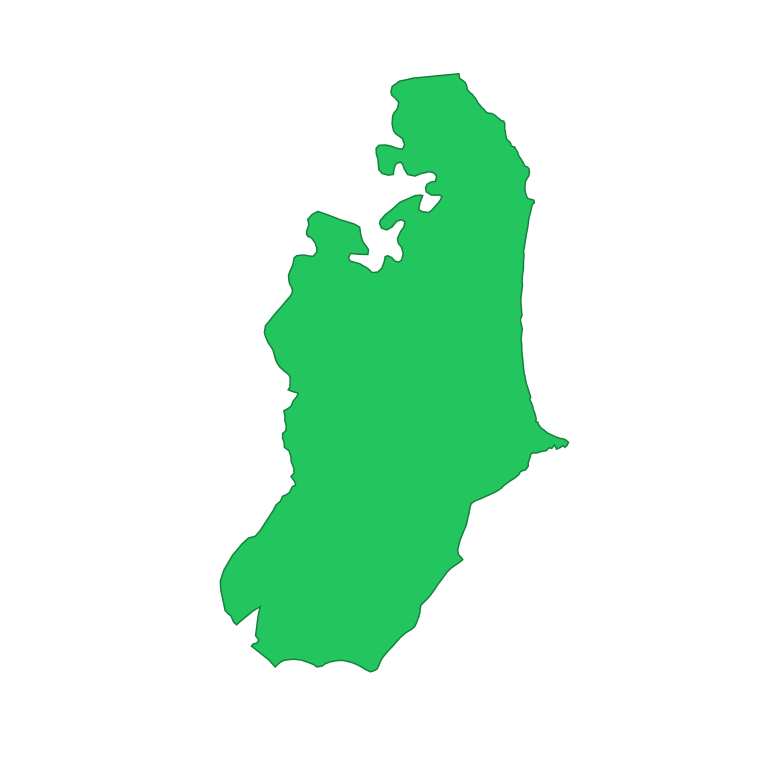 Damnak Chang'aeur, Kep, Cambodia (orthographic projection), rotated 219°
{"feature_id": "14789045B40625138600094", "entity_name": "Damnak Chang'aeur", "entity_type": "district", "adm_level": 2, "iso_a3": "KHM", "parent_name": "Cambodia", "parent_adm1": "Kep", "projection": "orthographic", "projection_center": [104.383, 10.512], "detail": "fine", "context": "isolated", "style": "filled", "palette": "green", "viewbox_px": 768, "rotation_deg": 219, "n_neighbors": 0, "source": "geoboundaries", "source_scale": "gbopen_adm2", "svg_char_len": 5660}
<svg xmlns="http://www.w3.org/2000/svg" viewBox="0 0 768 768"><g transform="rotate(219 384 384)"><path d="M290.5,95.7L290.4,95.9L290.0,99.8L289.2,103.3L287.8,106.3L285.4,109.0L281.1,113.2L274.8,117.3L267.5,120.0L261.8,121.8L258.2,121.8L254.6,125.9L253.6,129.6L250.9,134.2L247.6,138.3L243.8,141.9L241.3,143.7L238.1,145.3L233.0,147.6L230.2,148.4L227.3,149.2L222.8,150.0L218.8,150.5L213.6,151.7L212.0,153.7L210.0,157.9L210.9,162.1L211.7,164.6L212.6,167.5L212.9,170.7L212.9,175.1L212.8,179.9L212.2,185.8L212.1,189.8L212.0,193.2L211.7,197.9L210.5,204.3L209.5,207.4L208.1,211.3L207.5,214.5L208.4,218.7L209.5,221.9L210.8,225.7L212.3,229.0L213.9,231.3L216.1,235.0L215.8,238.6L215.0,245.3L215.0,249.5L215.3,254.7L216.0,262.2L216.2,268.1L216.4,272.8L216.6,277.4L216.1,282.6L215.0,286.7L213.7,290.9L213.0,293.8L212.2,297.0L214.7,297.8L218.7,298.2L222.5,301.6L224.3,305.6L226.5,310.2L228.0,315.0L229.5,319.9L231.0,325.3L232.7,329.1L234.4,332.3L236.5,336.8L239.3,342.0L240.9,345.5L240.5,347.9L239.5,350.7L236.4,356.3L234.6,359.9L232.7,363.5L230.0,368.9L228.7,372.2L227.4,376.4L226.9,380.7L225.9,384.7L224.6,389.2L223.3,392.9L222.2,398.1L222.9,402.0L221.1,404.7L219.8,406.8L220.3,411.1L222.1,413.2L223.4,416.3L224.6,419.6L225.9,421.8L224.8,424.3L222.0,426.4L219.5,430.2L218.0,432.1L216.0,434.2L215.6,438.3L213.1,439.5L213.2,443.9L208.9,442.0L206.9,445.8L206.4,448.7L203.6,448.6L203.1,451.6L203.9,454.8L208.1,454.9L210.2,454.1L212.5,452.8L215.0,451.7L217.4,451.0L219.7,450.4L223.2,449.5L225.7,448.9L228.4,448.8L230.9,448.9L233.7,448.6L236.1,449.2L238.3,449.7L240.4,451.1L242.6,450.4L243.7,452.6L246.0,454.5L248.0,455.9L250.0,457.1L252.2,458.3L253.9,459.9L256.3,461.3L258.4,462.5L261.1,463.7L261.6,466.0L264.0,467.7L267.7,470.0L270.2,471.8L273.3,473.7L276.2,476.0L279.8,479.1L281.7,480.5L283.4,482.1L285.7,484.3L288.3,487.0L291.0,489.7L292.8,491.6L294.9,493.5L298.3,497.2L300.1,499.2L301.5,501.1L303.9,503.4L305.5,505.0L307.8,508.4L309.1,510.3L310.7,513.4L313.0,515.3L317.0,518.4L318.6,520.0L320.1,524.5L322.7,526.9L324.8,529.3L327.5,532.0L330.4,535.2L331.8,537.2L334.1,540.8L335.8,543.4L337.5,546.4L338.8,548.3L341.5,550.7L342.9,553.0L344.7,555.4L346.4,558.3L347.6,560.4L349.3,562.8L353.5,568.1L355.3,570.9L357.0,573.1L359.0,574.7L360.9,578.3L367.7,590.2L371.0,596.4L373.5,600.4L375.2,603.2L376.3,605.2L378.3,609.9L379.5,612.1L380.6,614.4L381.7,617.0L381.2,619.4L383.2,621.2L386.1,620.0L388.3,618.7L391.0,619.4L394.3,621.6L397.3,624.3L400.4,628.5L401.6,630.7L402.1,633.7L402.5,637.1L404.2,640.0L406.5,642.3L409.0,642.9L411.8,642.0L414.8,643.5L419.2,645.1L422.2,645.9L424.3,647.0L426.2,648.4L429.0,649.1L431.4,650.4L435.0,649.1L437.1,650.7L439.3,651.3L442.6,651.4L445.0,653.2L447.0,655.0L448.8,656.8L450.7,658.1L452.2,660.1L454.2,662.4L456.5,663.7L458.5,662.2L460.9,662.7L463.5,662.4L466.1,662.7L468.4,662.4L470.9,661.9L472.7,660.5L475.0,659.6L477.3,659.9L479.9,660.4L482.5,660.5L485.7,661.3L488.0,661.5L490.2,662.7L492.6,663.5L495.3,663.9L497.6,664.7L500.3,664.5L502.5,664.9L504.8,665.3L506.7,667.2L508.7,668.5L511.0,669.4L513.7,669.5L515.9,669.2L518.3,669.6L521.0,672.3L553.5,640.4L558.1,634.5L562.5,629.2L564.9,620.4L562.6,615.5L559.8,613.4L555.4,613.2L549.6,612.1L546.8,606.2L546.8,601.2L546.0,597.8L541.5,591.3L536.2,587.0L532.7,585.9L524.2,586.3L518.5,582.8L517.5,578.2L521.7,575.5L528.6,573.2L533.5,570.5L538.1,566.4L538.5,562.3L534.8,558.0L530.2,554.9L522.9,547.3L518.1,546.4L512.2,548.9L508.6,552.8L511.2,556.8L513.1,561.2L512.8,564.0L510.7,566.8L507.6,566.5L503.6,563.9L497.4,561.7L490.8,565.1L487.6,570.8L482.3,577.6L478.4,579.4L474.1,578.8L471.5,574.1L474.5,570.6L476.2,566.4L475.3,562.7L472.1,560.0L466.0,560.6L459.6,565.9L457.0,566.1L455.9,562.2L455.9,556.4L456.3,548.6L457.4,545.2L463.3,541.8L466.9,541.5L470.0,547.1L472.5,554.8L474.6,553.7L478.5,549.9L481.9,543.1L485.9,535.5L487.6,524.8L489.6,516.1L489.8,508.9L488.6,506.1L484.0,503.6L478.9,505.4L476.5,511.3L476.6,518.3L473.9,522.6L469.9,523.2L467.4,518.8L467.1,513.3L465.1,505.5L461.5,502.4L456.3,501.2L451.1,497.4L448.4,491.7L449.1,488.2L452.8,486.4L457.6,487.1L461.9,486.0L463.2,483.7L460.7,479.0L458.6,472.9L459.3,467.1L460.9,465.5L463.4,463.1L469.1,463.6L478.6,462.2L487.4,458.4L490.9,459.5L492.2,464.4L485.3,468.9L478.0,474.5L480.6,478.7L490.3,481.4L495.8,485.2L501.6,490.6L508.1,489.5L521.5,484.1L534.7,479.9L544.0,476.5L546.5,470.7L546.9,463.9L542.5,460.4L540.9,455.6L539.9,453.6L538.3,451.6L536.0,450.8L533.8,451.7L531.5,451.7L528.5,450.9L526.2,450.3L521.6,447.3L519.2,444.0L519.4,438.8L522.7,436.3L524.9,435.3L526.9,434.1L529.3,432.2L532.6,428.7L533.2,425.5L530.7,420.7L529.6,418.8L528.6,414.6L528.0,412.1L526.5,408.2L522.8,404.4L520.3,402.4L516.0,400.6L513.5,398.6L512.4,395.7L512.1,392.7L512.3,387.7L512.4,380.5L512.6,375.4L512.8,371.5L512.9,366.5L512.7,358.9L512.9,355.0L509.3,348.6L505.4,346.0L500.2,343.3L492.0,340.7L488.3,338.2L484.5,335.3L480.7,333.2L477.8,332.3L475.2,331.6L469.6,331.3L466.1,331.4L463.3,331.2L460.6,329.5L457.8,326.0L455.2,322.4L454.8,319.2L450.4,320.6L446.3,322.3L444.8,322.7L443.8,319.4L443.9,313.8L442.3,308.5L442.9,305.3L444.9,300.1L440.9,296.9L437.8,293.0L433.5,289.9L430.9,285.9L431.7,281.8L428.6,278.0L425.1,276.0L421.5,272.1L415.6,272.3L409.8,268.3L407.9,265.7L400.8,261.6L397.8,257.9L398.1,253.6L392.2,252.0L390.9,251.3L388.9,249.7L390.7,246.6L389.1,240.3L390.2,236.5L392.2,232.9L390.7,227.8L391.8,222.3L390.5,215.7L388.0,192.1L388.2,184.8L392.4,179.0L393.7,170.4L393.9,155.2L391.3,138.4L387.3,128.0L381.4,121.4L364.8,107.9L360.7,107.4L356.9,107.4L351.0,104.3L347.0,104.1L346.1,109.9L342.8,125.9L340.0,133.0L335.8,124.4L325.4,107.6L320.1,106.3L319.8,102.5L322.1,99.7L322.1,96.9L300.1,97.1L290.5,95.7Z" fill="#22c55e" stroke="#15803d" stroke-width="1.5"/></g></svg>